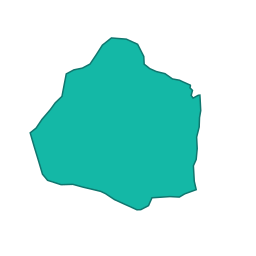 Pyoksong, Hwanghae-namdo, North Korea (Natural Earth projection), rotated 294°
{"feature_id": "82179303B11091889229707", "entity_name": "Pyoksong", "entity_type": "district", "adm_level": 2, "iso_a3": "PRK", "parent_name": "North Korea", "parent_adm1": "Hwanghae-namdo", "projection": "natural_earth1", "projection_center": [125.467, 38.097], "detail": "fine", "context": "isolated", "style": "filled", "palette": "teal", "viewbox_px": 256, "rotation_deg": 294, "n_neighbors": 0, "source": "geoboundaries", "source_scale": "gbopen_adm2", "svg_char_len": 918}
<svg xmlns="http://www.w3.org/2000/svg" viewBox="0 0 256 256"><g transform="rotate(294 128 128)"><path d="M208.4,102.7L208.5,90.3L203.5,76.2L193.3,70.9L181.3,69.1L171.0,67.3L164.2,62.0L159.1,54.9L152.3,49.6L130.0,54.8L121.4,51.3L112.9,49.5L100.9,45.9L90.6,44.1L83.8,40.6L75.3,47.8L73.4,49.4L61.3,59.9L51.0,68.7L47.5,75.8L49.0,89.9L54.1,100.5L55.7,111.1L57.4,120.0L59.0,128.8L58.9,134.1L57.1,144.7L57.0,155.3L57.0,160.6L56.9,169.4L58.6,172.9L65.4,178.3L74.0,178.3L82.4,194.2L85.8,203.0L90.9,206.6L94.3,210.1L99.4,215.4L106.3,210.2L120.1,203.1L127.0,203.1L137.3,199.6L147.6,194.4L157.9,192.6L166.6,189.1L173.4,187.4L180.3,183.9L187.3,180.3L186.7,179.3L186.5,178.9L181.8,175.3L183.4,172.5L188.6,171.6L189.9,168.3L191.9,167.9L192.5,167.5L192.5,166.2L192.5,159.2L192.6,155.6L190.9,148.6L192.7,139.7L191.1,130.9L191.1,123.8L192.9,116.8L199.8,113.3L208.4,102.7Z" fill="#14b8a6" stroke="#0f766e" stroke-width="1.5"/></g></svg>